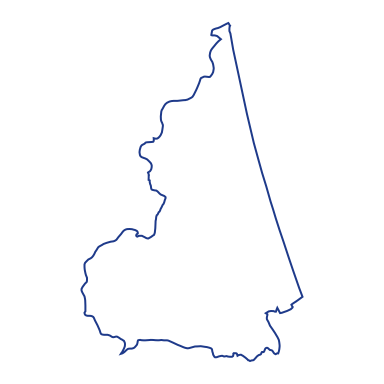 Mo Duc, Quảng Ngãi, Vietnam
{"feature_id": "81297802B23204917551818", "entity_name": "Mo Duc", "entity_type": "district", "adm_level": 2, "iso_a3": "VNM", "parent_name": "Vietnam", "parent_adm1": "Quảng Ngãi", "projection": "natural_earth1", "projection_center": [108.868, 14.986], "detail": "fine", "context": "isolated", "style": "outline", "palette": "blue", "viewbox_px": 384, "rotation_deg": 0, "n_neighbors": 0, "source": "geoboundaries", "source_scale": "gbopen_adm2", "svg_char_len": 5941}
<svg xmlns="http://www.w3.org/2000/svg" viewBox="0 0 384 384"><path d="M302.5,296.8L299.1,287.8L293.2,270.8L288.7,257.5L283.6,242.0L279.5,229.9L275.8,218.4L273.0,209.1L270.6,201.6L266.3,186.5L262.1,172.9L258.2,158.9L253.8,142.9L246.9,113.7L237.6,70.2L233.2,49.7L230.4,33.5L229.4,31.0L229.4,28.7L229.6,26.6L230.1,25.7L229.6,25.2L228.9,23.8L228.3,23.0L226.2,24.0L223.1,25.6L220.3,27.1L217.8,28.1L216.4,28.4L215.4,28.7L214.3,29.1L213.2,29.6L212.6,30.0L212.1,30.7L212.0,31.2L211.7,32.9L211.3,35.0L211.8,35.3L212.3,35.4L213.2,35.4L214.6,35.4L215.9,35.7L217.0,36.0L217.7,36.5L218.5,37.2L219.8,38.3L220.9,39.2L218.5,41.2L216.4,43.4L212.3,48.4L211.5,49.5L210.9,50.5L210.5,51.6L210.2,52.4L209.9,54.1L209.7,55.5L209.8,56.4L209.8,56.7L210.1,57.7L210.9,59.6L212.3,61.9L213.0,63.9L213.3,65.4L213.7,67.9L213.7,68.9L213.3,71.2L213.1,72.2L212.1,74.2L211.2,75.4L210.6,76.2L210.1,76.6L209.9,76.9L208.9,77.0L205.3,76.6L204.5,76.6L203.6,76.8L202.7,77.3L202.0,77.6L201.2,77.9L200.8,78.4L200.4,79.1L200.0,80.6L199.5,82.0L199.1,83.2L198.4,84.9L197.1,88.0L196.1,90.2L193.7,95.0L193.1,95.9L192.5,96.8L191.6,97.5L190.5,98.1L189.3,98.7L187.5,99.6L185.3,100.1L183.3,100.2L178.0,100.8L177.0,100.9L173.3,100.9L171.3,101.1L169.4,101.6L167.1,102.7L165.4,104.1L164.2,105.8L162.4,109.1L161.7,110.2L161.3,111.6L160.8,116.4L160.9,119.2L161.0,120.0L161.1,120.6L161.6,121.9L162.1,122.8L162.4,123.8L162.8,124.7L162.9,125.5L162.8,126.6L162.6,128.1L162.3,130.0L162.0,131.7L161.9,132.4L161.2,133.9L160.6,135.2L159.5,136.7L158.4,137.7L158.4,137.8L157.3,138.5L156.8,138.6L155.7,138.7L154.8,138.5L153.7,138.2L153.8,140.0L153.7,140.9L153.3,141.7L152.7,141.9L152.1,141.9L151.5,142.0L149.8,142.1L146.8,142.3L145.6,142.6L145.2,143.0L144.6,143.7L143.2,144.4L142.0,145.1L141.5,145.5L140.6,147.0L139.8,149.8L139.5,152.2L139.7,153.6L140.0,155.2L140.6,156.3L141.6,157.1L143.9,158.0L145.1,158.4L147.0,159.3L148.4,160.6L149.7,161.9L151.0,163.4L151.7,165.3L151.7,167.0L151.3,169.0L150.7,170.2L150.0,171.2L148.0,172.5L148.4,173.6L148.7,174.1L148.8,174.8L148.7,174.8L148.7,177.0L148.6,179.9L149.4,180.2L149.7,180.4L149.7,182.0L150.1,183.9L150.8,185.6L151.2,188.5L151.6,189.4L152.2,189.8L154.3,190.3L156.4,190.6L157.6,191.5L158.5,192.4L159.4,193.4L160.7,194.5L163.1,195.5L164.1,195.9L165.4,196.9L165.4,197.1L165.6,197.6L165.5,198.4L164.8,200.1L164.3,202.0L163.6,203.8L162.6,205.0L161.6,207.2L160.5,209.2L160.1,210.5L159.5,211.6L158.7,212.2L158.1,213.5L157.6,214.5L156.7,215.3L156.2,217.0L156.0,219.1L155.6,221.0L155.5,223.6L155.3,228.2L154.8,232.7L154.1,234.8L153.0,235.5L151.1,236.9L149.0,238.1L148.2,238.5L147.4,238.4L146.3,238.1L144.7,237.2L141.9,235.8L139.8,235.8L138.6,235.9L137.5,236.6L136.9,236.5L136.3,235.9L136.2,235.4L136.4,234.7L136.7,234.2L137.3,233.9L137.8,233.4L137.8,233.0L137.7,232.3L137.4,231.6L136.8,230.9L135.0,230.0L133.7,229.7L132.0,229.2L129.5,229.0L127.3,229.1L126.3,229.3L124.9,229.9L123.6,230.8L122.4,232.2L121.1,234.0L118.4,237.1L116.4,239.8L114.8,240.8L113.5,241.3L110.7,241.7L109.6,242.0L106.5,242.9L103.5,244.0L102.3,244.8L99.2,246.5L98.2,247.3L96.1,250.7L95.4,251.6L94.4,253.8L93.3,255.7L92.0,257.3L90.7,258.3L88.3,259.5L86.4,261.4L85.1,262.8L84.5,264.4L84.5,266.7L84.6,268.5L84.8,270.1L85.4,273.1L85.9,275.0L87.0,277.8L87.0,280.2L86.8,281.8L86.0,282.7L85.1,283.5L82.6,286.9L81.6,288.8L81.5,289.9L81.6,290.7L82.3,292.4L84.5,296.4L85.0,298.8L85.2,300.3L85.4,305.5L85.4,311.3L84.5,312.7L84.6,313.5L84.9,314.3L85.4,315.0L86.3,315.5L87.6,315.8L89.2,315.8L90.9,315.9L92.2,316.3L93.2,316.9L93.8,317.7L95.0,320.5L97.5,325.3L99.4,329.6L100.0,331.2L100.3,332.3L100.6,333.1L101.0,333.8L101.3,334.1L101.9,334.4L103.2,334.7L104.4,334.8L107.5,334.8L109.0,335.2L110.2,335.7L111.7,336.7L112.6,337.1L113.6,337.2L116.0,336.6L116.9,336.6L118.1,337.2L119.4,338.0L120.6,338.9L122.4,339.8L123.3,340.5L123.9,340.8L124.4,341.8L124.9,343.1L125.0,344.5L124.8,346.4L123.9,348.7L122.1,352.2L121.4,353.0L120.9,353.8L122.5,353.3L124.3,352.1L126.8,349.7L128.0,348.9L128.8,348.7L130.1,348.6L131.8,348.6L133.5,348.1L134.5,347.5L135.8,346.1L137.0,344.6L137.5,342.8L137.7,341.4L138.0,340.4L138.7,340.1L140.1,339.9L141.5,340.2L143.3,340.3L145.7,340.3L148.7,340.1L150.9,339.9L153.5,340.0L155.5,340.2L158.7,340.3L161.3,340.0L163.7,340.3L166.9,340.3L168.4,340.6L172.7,342.5L177.8,344.9L179.9,345.7L183.4,347.2L185.1,347.8L186.4,348.1L187.3,348.3L188.7,348.2L190.2,347.8L194.9,346.5L197.4,346.4L200.8,346.2L204.7,346.8L207.0,347.1L209.6,347.8L210.9,348.3L211.5,348.7L212.0,349.4L212.4,351.8L212.8,352.9L213.2,354.7L213.7,355.6L214.5,356.9L215.1,357.3L216.7,357.2L218.9,356.4L221.2,355.9L222.2,355.8L223.3,356.2L224.1,356.5L225.4,356.3L226.7,356.1L227.7,356.5L229.2,356.7L231.2,356.8L232.2,356.7L233.1,356.0L233.4,354.5L233.3,353.7L233.7,353.2L235.3,353.2L236.5,353.4L236.9,353.8L237.5,355.8L238.8,355.0L240.9,354.7L242.9,355.8L245.5,357.7L247.8,359.7L248.1,360.2L248.8,360.3L250.0,361.0L251.4,360.5L252.3,360.3L253.0,360.3L253.7,360.0L254.5,359.2L255.1,358.5L255.7,357.9L256.6,356.8L257.3,356.1L258.0,355.6L258.7,355.1L259.6,354.8L260.5,354.5L261.0,354.0L261.3,353.4L261.5,352.6L261.8,352.2L262.0,352.0L262.3,352.0L262.9,352.0L263.3,352.1L263.8,351.9L264.2,351.3L264.7,350.0L265.2,348.8L265.5,348.4L265.9,348.1L266.2,348.0L266.4,347.9L266.8,347.8L267.5,347.9L268.1,348.3L268.7,348.9L269.5,349.6L270.0,350.0L270.5,350.0L271.2,350.2L271.8,350.4L272.2,350.6L272.9,351.5L273.5,352.5L274.1,353.3L274.8,353.8L275.7,354.2L277.2,353.3L278.2,353.4L278.9,351.2L279.3,349.3L279.6,346.7L279.6,345.2L279.3,342.6L279.1,341.3L278.8,339.9L278.1,338.4L277.5,337.2L275.7,334.2L275.2,333.3L272.6,329.4L270.0,325.7L268.8,322.8L268.3,321.7L267.3,320.0L266.9,319.2L266.8,318.0L267.0,316.6L267.3,315.4L267.4,314.9L267.4,314.3L265.8,313.2L268.7,311.4L271.0,311.0L273.5,311.1L275.1,311.7L276.0,311.6L276.3,310.4L276.8,309.0L277.3,307.8L279.5,312.0L280.1,313.1L281.8,312.8L287.2,310.9L290.8,309.2L292.4,307.7L292.7,307.0L292.0,306.0L291.4,304.7L292.5,303.8L297.3,300.6L302.5,296.8Z" fill="none" stroke="#1e3a8a" stroke-width="2"/></svg>